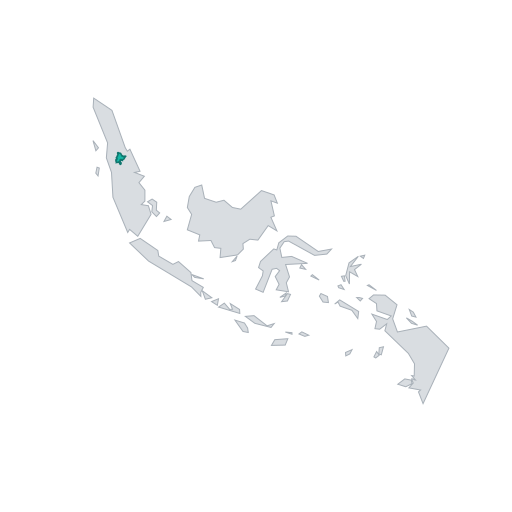 location of Rokan Hulu, Riau, Indonesia, rotated 25°
{"feature_id": "22746128B35208725321264", "entity_name": "Rokan Hulu", "entity_type": "district", "adm_level": 2, "iso_a3": "IDN", "parent_name": "Indonesia", "parent_adm1": "Riau", "projection": "mercator", "projection_center": [100.261, 0.893], "detail": "fine", "context": "in_parent", "style": "filled", "palette": "teal", "viewbox_px": 512, "rotation_deg": 25, "n_neighbors": 0, "source": "geoboundaries", "source_scale": "gbopen_adm2", "svg_char_len": 5874}
<svg xmlns="http://www.w3.org/2000/svg" viewBox="0 0 512 512"><g transform="rotate(25 256 256)"><path d="M176.8,214.6L185.0,225.5L197.2,224.1L203.4,219.0L214.1,222.0L222.4,220.0L233.3,194.4L246.6,193.0L253.0,199.1L246.2,199.7L255.7,211.9L253.1,214.6L264.3,224.4L254.2,223.3L251.0,240.8L243.3,243.4L238.9,250.3L241.6,255.1L238.8,262.8L224.1,272.6L220.9,263.9L214.9,265.9L208.6,261.0L197.6,266.8L196.1,260.6L182.7,261.3L180.1,245.5L173.3,241.1L170.4,230.3L171.6,219.6L176.8,214.6ZM42.2,181.5L63.9,184.9L91.7,213.1L95.1,215.4L96.6,212.5L115.1,228.2L110.6,231.6L121.1,230.9L118.9,239.0L127.5,243.3L132.1,253.2L130.3,257.9L137.2,255.9L143.3,262.6L140.5,288.1L130.2,285.3L129.8,288.9L101.5,263.2L89.7,241.3L78.9,230.3L73.7,216.2L45.5,190.0L42.2,181.5ZM469.8,258.0L469.8,319.2L460.7,310.5L461.8,307.9L450.3,310.9L452.2,304.7L449.0,301.6L450.1,301.1L451.9,301.3L453.0,301.0L447.6,298.6L450.1,297.9L445.2,286.7L435.3,279.9L404.4,269.3L403.1,262.2L399.0,270.1L394.5,271.6L392.9,264.4L385.6,259.7L401.8,258.1L403.9,253.2L388.8,254.6L385.3,248.2L376.5,246.9L379.0,241.6L389.6,236.9L404.4,240.6L406.4,255.2L416.3,265.1L440.2,247.5L469.8,258.0ZM319.4,224.3L308.8,230.7L279.2,228.7L275.5,231.1L274.3,238.8L280.0,246.4L288.5,241.3L305.8,240.9L286.4,251.2L295.2,260.8L294.8,267.5L300.6,274.7L288.6,278.1L288.9,271.9L282.1,266.5L283.6,259.3L279.9,258.5L276.2,261.2L277.8,285.9L269.6,286.1L270.2,271.3L268.8,266.5L263.2,265.4L262.4,259.0L269.1,242.1L272.3,241.7L271.1,234.4L276.3,224.5L283.9,221.2L310.5,225.6L321.5,217.8L319.4,224.3ZM143.6,289.0L164.7,292.5L167.9,297.2L184.2,298.7L188.1,293.8L204.0,298.5L208.4,305.4L221.5,306.7L221.3,312.4L223.1,315.9L210.7,311.3L160.8,306.0L135.9,297.6L143.6,289.0ZM346.0,225.7L355.0,218.9L351.0,226.7L356.9,231.6L347.5,230.8L352.5,241.9L345.6,235.9L343.2,222.9L348.9,213.0L346.0,225.7ZM350.4,260.4L372.5,262.9L374.7,269.7L365.8,264.7L353.4,265.9L349.8,263.1L347.6,266.3L350.4,260.4ZM299.8,314.4L283.4,317.5L271.9,315.2L279.4,310.9L295.5,314.6L301.0,309.6L299.8,314.4ZM252.8,310.0L263.7,311.4L265.6,314.9L243.7,318.1L247.2,312.1L254.8,315.5L257.2,314.2L252.8,310.0ZM319.8,317.5L320.1,324.4L307.8,330.5L308.4,323.9L319.8,317.5ZM143.3,249.2L146.3,256.6L150.5,257.7L149.1,262.3L142.9,260.0L140.9,254.0L134.8,252.7L137.8,248.3L143.3,249.2ZM447.0,311.2L438.7,312.3L442.8,304.5L449.2,302.9L451.3,305.8L447.0,311.2ZM273.9,321.6L278.9,324.9L281.3,328.6L276.1,329.9L264.0,323.0L273.9,321.6ZM337.9,262.5L341.3,267.6L336.2,269.4L330.4,265.6L330.7,262.6L337.9,262.5ZM222.0,310.2L233.6,312.5L228.4,316.6L222.0,310.2ZM240.1,310.6L241.8,317.0L235.0,316.1L240.1,310.6ZM163.6,258.8L158.0,263.6L158.4,257.6L163.6,258.8ZM409.9,284.4L411.3,292.6L408.7,292.9L406.5,287.0L409.9,284.4ZM218.3,298.8L209.5,301.3L205.7,299.9L218.3,298.8ZM303.5,276.2L303.5,283.5L298.5,286.6L300.4,276.8L303.5,276.2ZM59.5,220.3L67.5,224.5L66.4,228.3L59.5,220.3ZM79.0,250.2L75.8,248.6L74.4,242.7L76.8,242.5L79.0,250.2ZM379.6,308.6L377.9,305.6L382.6,300.3L382.4,305.1L379.6,308.6ZM370.6,234.3L379.7,236.3L369.4,235.6L370.6,234.3ZM315.0,249.1L323.4,251.1L314.2,251.0L315.0,249.1ZM299.5,279.8L295.1,283.4L299.0,276.8L299.5,279.8ZM417.5,239.7L422.3,240.4L426.8,243.8L422.5,244.6L417.5,239.7ZM337.3,305.5L334.2,308.2L327.9,308.5L329.6,305.4L337.3,305.5ZM409.6,293.9L407.6,297.8L405.5,297.6L405.7,291.6L409.6,293.9ZM350.0,249.1L344.4,249.8L342.9,248.5L345.2,246.1L350.0,249.1ZM418.4,248.5L425.2,249.1L431.7,250.4L425.4,251.3L418.4,248.5ZM300.9,244.6L306.6,247.1L300.8,248.4L300.9,244.6ZM354.4,212.8L350.6,212.1L354.2,209.3L354.4,212.8ZM314.7,312.5L321.0,310.3L321.7,311.7L314.7,312.5ZM370.5,249.4L369.5,252.7L364.8,251.1L367.2,250.0L370.5,249.4ZM239.3,268.8L236.9,271.1L238.9,264.0L239.3,268.8ZM344.5,236.6L347.4,241.2L346.3,241.9L342.0,238.3L344.5,236.6Z" fill="#d9dde1" stroke="#a8b0b8" stroke-width="1"/><path d="M95.6,221.0L95.7,220.7L95.2,220.7L94.9,220.9L94.8,221.0L94.5,221.2L94.4,221.4L94.3,221.5L94.3,221.8L94.2,221.8L94.1,222.0L93.9,222.0L93.6,222.0L93.4,222.0L93.3,221.9L93.1,221.6L92.9,221.6L92.9,221.8L92.7,222.0L92.4,222.1L92.1,221.9L91.9,221.7L91.7,221.6L91.4,221.4L91.3,221.2L91.2,221.2L90.9,220.9L90.7,220.7L90.3,220.6L90.1,220.3L89.9,220.2L89.7,220.3L89.4,220.3L89.2,220.3L88.9,220.4L88.8,220.5L88.7,220.5L88.4,220.5L88.2,220.5L87.9,220.6L87.7,220.5L87.4,220.5L87.2,220.6L87.0,220.9L87.0,221.1L87.1,221.3L87.3,221.3L87.3,221.5L87.5,221.7L87.8,221.7L87.9,221.9L87.9,222.0L87.9,222.3L88.0,222.5L88.1,222.8L88.3,222.8L88.3,223.0L88.5,223.1L88.4,223.1L88.2,223.1L88.0,223.3L87.9,223.4L87.9,223.5L88.0,223.7L88.1,223.8L88.1,224.0L88.3,224.2L88.3,224.3L88.2,224.3L88.2,224.5L88.0,224.8L88.0,225.0L88.1,225.3L88.0,225.5L87.9,225.7L87.9,225.8L87.9,226.0L88.0,226.0L88.3,226.3L88.5,226.4L88.6,226.5L88.8,226.7L89.0,226.7L89.0,226.8L89.1,227.1L89.0,227.3L88.8,227.4L88.7,227.6L88.5,227.8L88.5,228.0L88.4,228.2L88.5,228.3L88.8,228.4L89.0,228.5L88.9,228.7L88.8,228.8L89.0,229.0L89.1,229.3L89.2,229.5L89.3,229.7L89.4,229.8L89.5,229.9L89.8,229.8L90.0,230.0L90.2,229.9L90.3,229.9L90.3,230.0L90.4,229.9L90.5,229.8L90.6,229.7L90.8,229.7L91.0,229.7L91.2,229.4L91.3,229.4L91.5,229.3L91.6,229.2L91.8,229.1L91.8,228.9L92.0,228.8L92.0,228.7L92.3,228.7L92.3,228.8L92.5,228.9L92.8,229.2L92.9,229.3L93.0,229.4L93.1,229.5L93.3,229.7L93.4,229.8L93.5,229.9L93.5,230.0L93.8,230.0L94.0,230.0L94.3,230.3L94.5,230.2L94.6,229.9L94.7,229.6L94.7,229.4L94.6,229.2L94.5,228.9L94.4,228.8L94.3,228.6L94.2,228.5L93.9,228.6L93.7,228.5L93.6,228.4L93.4,228.3L93.2,228.1L93.0,227.9L92.9,227.9L92.9,227.7L92.6,227.6L92.5,227.4L92.5,227.2L92.4,227.1L92.5,226.9L92.9,226.6L93.1,226.3L92.8,226.1L92.5,226.0L92.6,225.9L92.8,225.9L93.1,226.0L93.3,226.0L93.2,225.9L93.4,225.8L93.6,225.7L93.6,225.8L93.7,225.7L93.8,225.7L93.7,225.6L93.9,225.6L94.0,225.5L95.3,224.0L95.5,221.9L95.5,221.6L95.6,221.4L95.6,221.0ZM93.7,225.5L93.6,225.4L93.9,225.3L94.0,225.4L93.9,225.4L93.7,225.5Z" fill="#14b8a6" stroke="#0f766e" stroke-width="1.5"/></g></svg>